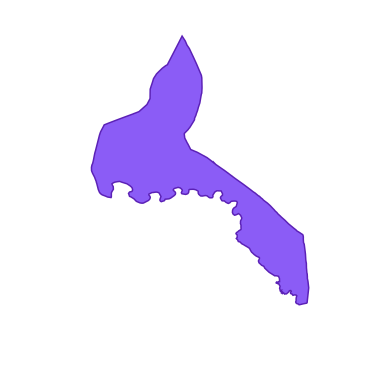 the district of Upper Saloum, Central River, Gambia, rotated 67°
{"feature_id": "56634734B57962636272806", "entity_name": "Upper Saloum", "entity_type": "district", "adm_level": 2, "iso_a3": "GMB", "parent_name": "Gambia", "parent_adm1": "Central River", "projection": "robinson", "projection_center": [-15.147, 13.733], "detail": "fine", "context": "isolated", "style": "filled", "palette": "violet", "viewbox_px": 384, "rotation_deg": 67, "n_neighbors": 0, "source": "geoboundaries", "source_scale": "gbopen_adm2", "svg_char_len": 5112}
<svg xmlns="http://www.w3.org/2000/svg" viewBox="0 0 384 384"><g transform="rotate(67 192 192)"><path d="M95.9,246.6L96.1,246.8L97.2,248.1L100.7,252.4L100.8,252.5L101.5,253.2L103.3,254.8L116.3,264.7L118.4,266.4L118.6,266.5L119.0,266.8L124.5,270.5L126.9,272.3L128.1,273.6L130.0,274.9L133.0,276.1L134.1,276.2L136.1,276.2L140.3,275.9L145.4,276.1L145.9,276.3L146.7,276.3L153.2,277.3L156.2,277.3L157.7,276.9L159.4,275.9L160.3,275.0L162.0,273.2L163.6,271.7L165.5,268.7L165.1,268.2L161.4,266.6L160.4,265.6L158.8,263.3L156.3,262.4L154.5,262.6L153.2,262.5L152.8,260.8L152.8,259.2L153.3,256.8L154.0,254.4L155.8,252.5L156.7,251.4L159.1,248.6L162.1,246.6L163.8,245.8L165.0,245.5L166.3,245.7L167.1,246.0L168.0,247.1L167.6,249.5L168.5,251.0L169.2,251.0L171.6,251.2L172.8,250.0L175.6,248.1L178.8,246.9L180.0,245.8L181.8,244.0L182.8,242.3L183.2,241.0L182.8,235.5L182.2,233.9L181.3,233.0L181.0,232.7L180.5,232.5L179.9,232.4L179.0,232.5L178.3,232.8L177.6,232.8L177.1,232.5L177.0,232.3L177.0,231.9L177.0,230.3L176.8,229.4L177.3,227.9L178.0,225.2L178.4,224.4L179.4,223.1L180.0,222.7L184.0,222.3L185.5,223.7L186.3,224.4L187.4,224.8L188.3,224.5L188.9,224.1L189.2,220.9L188.8,220.2L188.2,219.8L188.2,219.3L188.6,218.1L189.3,215.8L189.3,214.7L189.2,213.6L188.4,210.0L188.2,209.4L187.9,208.7L187.7,208.3L187.0,207.8L186.5,207.5L185.9,207.5L185.4,207.5L183.2,208.5L182.5,208.3L181.9,207.2L181.9,206.1L182.1,204.7L182.3,203.0L183.7,201.2L185.7,200.3L186.7,200.3L188.5,202.1L189.5,202.1L190.0,201.5L190.5,200.7L191.8,198.7L191.9,196.6L191.2,195.4L190.8,195.1L188.8,193.9L188.7,193.2L189.6,190.7L190.2,189.3L191.5,187.6L193.5,186.1L194.3,186.1L195.2,186.7L196.7,186.7L198.9,185.7L199.7,184.3L199.9,183.5L200.0,183.2L200.4,181.3L201.0,180.2L201.5,179.6L203.7,178.4L204.4,177.7L205.1,175.9L205.1,175.2L204.1,174.3L203.1,174.1L201.0,171.1L200.6,169.0L200.6,168.6L200.7,168.4L202.4,164.8L203.6,164.7L205.5,164.6L206.8,165.2L207.5,167.1L208.2,168.0L209.0,168.2L211.6,167.9L212.2,167.2L212.8,165.7L213.7,165.3L214.9,164.7L216.7,163.1L216.7,162.7L216.7,161.5L215.9,159.5L216.7,156.9L217.4,155.4L218.2,154.5L219.6,154.5L222.6,157.0L223.1,159.8L223.8,161.0L224.7,161.8L226.6,162.8L228.4,162.8L230.0,161.9L230.2,160.8L230.2,159.1L230.0,157.7L231.1,157.0L232.4,156.4L235.3,156.3L236.1,156.8L237.5,158.5L238.0,158.8L238.9,159.2L239.9,159.7L241.8,159.9L243.6,160.7L244.3,160.9L245.2,161.3L245.7,161.8L246.0,164.1L246.6,165.7L246.7,166.8L247.2,167.5L247.3,167.6L247.5,167.8L247.8,167.8L248.4,167.5L249.1,167.2L251.4,168.1L252.1,169.4L253.9,168.7L255.7,168.7L256.8,167.3L259.1,166.4L259.4,166.1L264.6,162.2L266.3,161.1L267.4,161.0L268.9,160.9L270.8,160.6L271.1,160.4L273.4,159.4L273.7,159.3L276.1,157.9L278.4,155.8L278.7,155.6L279.8,156.0L281.4,157.8L283.4,158.0L283.7,157.8L286.7,156.5L287.7,155.6L288.5,154.9L290.5,154.8L293.5,153.5L296.0,152.4L299.3,150.1L300.4,149.3L301.4,148.7L302.1,147.0L303.4,145.3L305.8,145.3L308.7,146.4L308.3,147.5L308.6,148.2L307.9,149.3L308.4,150.0L308.9,150.0L309.5,148.7L310.1,148.7L310.2,148.0L311.5,148.0L312.3,147.8L313.3,147.8L314.6,148.8L314.9,149.0L317.0,149.2L317.3,148.4L317.6,149.4L318.4,149.1L318.4,148.5L319.5,149.0L319.5,148.5L319.5,148.2L320.4,148.8L320.5,148.8L320.9,148.5L320.9,148.2L319.9,147.6L321.1,146.9L322.2,146.6L322.4,145.2L322.7,144.8L321.8,142.2L321.2,141.2L321.0,140.9L321.0,140.4L321.3,139.6L322.3,139.5L322.7,140.2L323.4,140.8L324.2,140.7L325.0,139.8L326.1,139.6L326.6,139.4L326.7,138.0L327.5,136.5L328.5,136.1L329.7,137.1L331.0,137.9L332.7,138.6L333.7,139.5L334.7,139.6L335.8,139.0L336.7,137.9L337.4,137.5L337.6,137.5L337.8,137.0L338.4,133.3L339.2,129.5L339.4,129.6L325.8,122.0L319.7,120.2L318.4,119.9L316.7,119.6L315.5,119.1L315.3,119.0L312.5,118.0L311.2,117.8L308.5,116.9L306.6,116.3L302.1,114.5L301.7,114.5L299.0,113.8L293.7,111.9L293.4,111.8L283.9,109.1L282.1,109.1L280.7,108.6L279.3,108.1L277.8,107.5L277.0,107.1L275.8,106.8L274.8,106.7L274.3,106.8L273.7,107.3L271.5,108.7L268.9,110.6L267.5,111.1L265.0,112.5L260.9,114.6L259.0,115.6L255.8,116.9L254.5,117.4L249.9,119.6L248.4,120.2L247.8,120.5L245.6,121.5L244.0,121.9L242.2,122.8L240.5,123.3L239.5,123.7L235.2,125.3L231.7,126.9L229.5,128.2L227.4,129.4L225.9,129.9L224.1,130.9L222.3,131.6L221.4,132.4L220.2,133.0L217.6,134.3L215.7,135.6L213.3,136.9L210.7,138.4L205.2,141.6L196.4,147.0L185.7,153.2L176.0,159.3L173.5,160.3L173.9,160.4L169.9,162.6L166.8,164.4L166.4,164.6L157.8,171.4L157.0,172.1L156.3,172.8L152.4,176.6L146.5,177.0L145.0,177.2L144.3,177.3L143.2,177.3L139.5,177.6L135.4,176.4L135.0,175.9L133.0,171.1L132.6,170.5L132.2,169.8L131.8,168.9L128.0,163.5L126.5,161.5L125.1,160.8L123.0,158.5L121.5,157.3L119.2,155.1L116.6,153.1L113.1,150.0L106.7,145.9L105.4,145.0L104.8,144.4L100.3,142.2L98.9,141.6L98.6,141.5L90.8,138.4L88.3,137.8L76.0,137.8L69.0,138.0L58.8,138.4L54.9,139.2L50.4,139.2L44.6,140.2L49.9,146.5L64.5,164.1L65.2,164.8L65.4,166.6L65.7,168.0L66.5,171.1L68.3,175.7L69.5,178.6L70.5,180.0L71.2,181.1L72.6,183.1L76.2,186.1L78.1,187.8L81.0,190.3L89.6,194.1L92.1,197.1L93.9,199.3L97.3,209.4L97.2,213.2L97.1,215.0L97.1,216.2L96.7,224.3L96.3,233.5L96.0,241.8L95.9,246.6Z" fill="#8b5cf6" stroke="#5b21b6" stroke-width="1.5"/></g></svg>